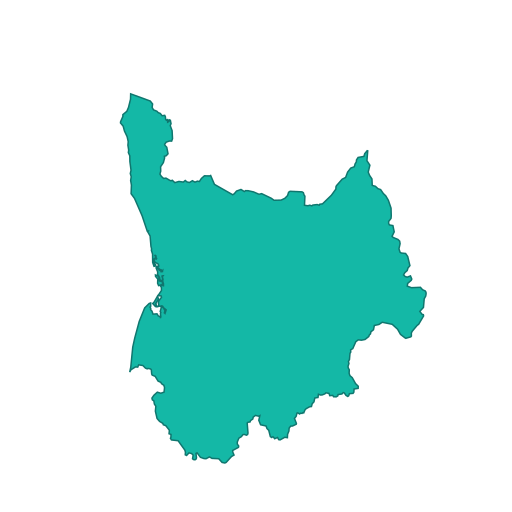 map outline of Bahia (Natural Earth projection), rotated 164°
{"feature_id": "BRA-624", "entity_name": "Bahia", "entity_type": "State", "adm_level": 1, "iso_a3": "BRA", "parent_name": "Brazil", "parent_adm1": "", "projection": "natural_earth1", "projection_center": [-41.603, -13.426], "detail": "fine", "context": "isolated", "style": "filled", "palette": "teal", "viewbox_px": 512, "rotation_deg": 164, "n_neighbors": 0, "source": "natural_earth", "source_scale": "10m", "svg_char_len": 6071}
<svg xmlns="http://www.w3.org/2000/svg" viewBox="0 0 512 512"><g transform="rotate(164 256 256)"><path d="M402.4,182.6L407.6,181.1L409.4,179.2L407.0,183.7L399.6,202.4L395.1,210.7L386.3,225.3L377.3,236.8L371.8,239.8L370.2,239.9L371.1,236.6L371.8,236.0L372.1,236.8L371.6,234.7L372.1,233.5L371.2,231.7L371.0,228.5L367.1,227.7L366.4,225.2L364.9,224.3L365.0,222.6L364.2,223.9L363.8,226.8L363.0,228.1L363.4,229.0L361.1,232.9L359.9,232.5L359.2,231.3L358.6,228.5L359.8,226.6L359.3,225.8L357.2,229.0L359.1,231.7L359.6,233.5L360.4,234.1L361.4,233.4L361.9,234.3L363.9,234.4L363.0,235.9L362.8,237.9L361.8,239.6L358.2,242.4L358.3,243.9L361.1,244.9L356.4,248.9L355.6,251.9L356.2,253.8L353.3,253.5L353.3,252.2L352.6,254.8L352.6,257.6L351.8,259.3L351.8,261.8L350.8,262.6L351.7,262.8L352.0,262.2L351.9,260.3L352.6,258.5L353.4,258.1L354.2,258.6L354.9,260.3L354.6,262.1L355.7,265.5L354.9,267.8L355.3,271.8L354.5,271.8L353.6,271.0L352.8,268.9L351.7,268.1L351.6,267.0L350.2,266.8L349.7,267.9L350.8,267.4L350.8,268.7L352.2,269.6L353.5,272.0L354.8,272.8L354.3,273.5L352.4,273.0L352.1,274.0L352.5,275.7L354.7,277.6L355.2,280.5L353.6,281.2L352.8,280.5L352.2,281.1L352.6,282.0L352.1,283.6L353.2,285.0L352.5,282.4L356.0,280.7L355.5,277.6L356.1,276.7L354.9,275.5L355.8,274.1L356.9,274.2L357.1,278.3L354.9,286.4L355.0,290.3L354.4,291.6L354.3,294.3L352.3,304.4L353.4,309.0L352.7,309.7L353.7,309.9L354.4,326.1L356.9,344.9L358.9,350.3L356.2,358.5L355.7,363.1L354.1,366.6L354.1,369.9L352.5,372.9L351.2,381.5L349.7,387.1L350.2,390.6L349.2,392.9L348.6,397.8L347.3,401.2L347.0,406.3L348.0,412.4L347.9,417.4L349.6,421.3L349.1,422.5L345.5,426.8L345.0,428.6L340.3,430.7L337.6,434.0L333.4,441.3L331.8,446.4L314.9,434.1L313.5,430.6L314.9,427.4L314.2,424.7L311.4,422.5L310.5,420.8L308.7,419.4L307.6,416.7L305.0,416.4L304.7,415.1L305.2,412.1L304.6,411.1L303.7,411.6L303.3,411.1L304.0,409.0L302.7,409.3L301.8,410.8L300.9,410.1L301.2,406.6L302.5,405.0L302.1,399.6L303.9,391.8L305.4,389.7L307.6,390.4L310.9,390.2L313.0,388.6L313.0,387.5L311.8,385.1L312.4,378.5L314.7,377.1L316.6,377.1L316.8,375.5L319.3,371.3L323.1,368.1L324.2,363.8L325.8,361.2L325.0,358.6L323.4,356.0L321.1,355.7L317.8,352.3L316.9,351.7L315.6,351.9L313.8,348.9L309.5,348.9L305.5,347.1L303.2,348.1L301.9,346.2L299.7,345.0L296.4,345.9L294.3,343.8L291.7,344.1L289.9,343.2L287.1,345.6L283.5,347.3L278.3,345.7L277.4,345.9L276.2,336.3L261.5,321.3L259.8,321.8L256.8,323.8L252.1,324.1L249.5,321.2L248.0,321.7L245.5,320.9L240.7,318.3L236.1,314.5L233.4,314.4L225.4,307.3L223.3,304.6L216.5,302.8L212.4,303.5L209.0,305.4L207.1,308.3L205.4,308.8L194.1,305.0L193.0,303.8L193.0,301.6L192.5,300.0L195.4,291.4L192.3,290.0L190.3,290.0L188.5,288.8L187.4,289.3L183.0,288.6L181.3,287.4L180.5,288.2L177.7,287.8L166.8,293.6L160.8,298.3L160.0,300.6L159.3,301.4L152.0,306.1L148.2,306.8L144.8,311.4L140.7,314.4L136.9,314.7L135.3,317.3L133.7,318.7L132.9,320.7L130.7,322.6L124.8,322.0L123.3,324.4L120.1,326.6L119.6,326.3L123.1,317.0L121.5,311.9L125.0,305.7L124.6,302.2L123.3,298.1L124.8,291.8L122.0,290.1L120.2,287.1L117.9,285.5L116.4,281.0L114.7,278.1L113.4,273.0L113.0,264.8L114.9,257.4L115.8,255.0L119.0,252.6L119.5,250.7L119.2,249.1L116.0,247.5L116.5,241.1L119.8,237.4L119.0,236.0L115.0,232.8L113.8,230.7L114.1,228.1L116.6,223.5L116.5,219.9L115.5,218.8L111.5,217.2L110.3,213.7L110.7,204.3L113.2,202.6L114.7,200.3L117.5,199.0L119.4,197.1L118.3,195.2L116.5,194.0L113.0,194.3L112.6,190.9L113.5,189.8L117.8,187.8L118.9,185.3L115.3,182.7L106.6,180.6L105.2,177.7L102.9,175.7L102.6,174.3L102.9,172.8L103.9,170.7L106.1,168.5L109.2,160.4L113.8,157.6L112.4,154.1L111.3,153.5L111.4,152.2L118.5,145.5L120.2,144.9L126.7,140.5L127.9,139.1L128.7,136.2L129.5,135.6L134.7,135.6L135.4,136.3L138.7,140.8L140.1,146.6L143.9,152.8L152.9,157.5L156.7,156.3L161.4,156.6L163.4,152.7L166.5,151.4L167.4,149.6L168.9,148.8L169.8,147.5L174.2,145.7L177.8,146.0L180.8,147.2L183.7,146.1L188.5,140.3L190.9,139.7L191.4,137.5L192.5,136.5L194.7,130.7L196.2,129.2L196.3,127.0L197.9,124.7L198.2,123.0L197.7,120.9L198.8,117.6L198.7,115.1L197.0,112.5L195.5,106.0L193.6,102.6L194.3,100.6L198.4,101.1L199.5,98.1L200.6,97.2L204.2,97.9L205.4,96.1L206.5,95.7L207.9,97.2L208.9,100.1L209.8,100.7L211.4,99.7L215.3,100.2L215.9,99.0L217.7,98.5L220.2,99.3L220.7,100.9L223.6,101.4L223.7,103.8L226.5,105.2L227.8,104.5L230.7,104.2L232.4,104.6L234.1,105.9L235.4,102.9L238.6,103.3L240.5,99.8L242.7,98.5L244.2,96.0L246.0,96.3L249.9,95.4L251.3,94.6L253.4,92.0L254.3,92.5L255.1,92.0L256.5,92.6L257.6,92.1L259.1,93.7L259.9,93.7L261.7,90.7L263.8,89.3L263.3,83.9L263.7,83.2L267.7,82.5L269.6,82.9L271.6,81.4L272.6,78.7L274.8,75.9L275.9,72.7L278.3,73.8L283.5,72.6L284.8,73.2L285.3,75.6L288.4,75.2L289.2,77.2L290.2,77.6L290.9,77.2L292.0,78.4L291.8,84.9L293.0,87.1L293.2,89.8L298.1,92.5L298.6,97.3L296.3,101.5L297.6,101.3L300.5,102.9L303.1,101.9L304.0,100.2L306.6,99.3L307.5,98.1L309.4,98.4L310.5,97.9L312.5,88.0L313.3,86.7L314.6,86.4L316.4,87.7L317.8,87.9L319.8,86.4L322.7,85.6L325.3,82.3L325.8,80.4L325.0,78.1L325.6,76.9L332.0,75.5L332.4,74.0L332.0,70.7L334.8,70.0L341.6,65.8L343.0,65.6L345.5,66.9L347.7,71.4L354.1,73.6L356.1,75.7L359.9,74.9L361.8,75.6L364.9,77.8L366.9,83.0L368.1,82.8L368.8,78.4L369.6,77.3L370.8,76.9L372.3,77.6L372.9,78.6L371.3,81.9L372.4,83.9L374.7,85.2L377.7,83.4L378.8,84.4L377.9,86.9L377.9,89.0L381.8,99.9L388.0,102.5L388.5,104.4L387.8,105.1L386.9,107.9L388.6,109.1L387.4,112.1L387.5,112.9L389.5,117.8L391.6,119.3L391.7,120.8L394.3,123.6L395.9,127.1L395.5,134.6L393.7,139.2L394.5,141.7L394.1,144.9L395.3,146.3L395.2,148.1L392.5,150.3L388.4,152.3L385.3,150.3L381.9,150.5L380.2,154.7L380.2,157.1L382.0,159.3L382.3,160.8L384.6,162.7L386.1,168.1L388.6,170.1L388.8,171.3L388.0,175.5L388.5,176.5L390.8,177.7L391.7,177.5L393.2,178.7L394.9,181.9L398.8,183.7L400.3,181.8L402.4,182.6ZM353.6,254.5L357.8,254.4L358.1,256.9L356.8,260.9L358.2,264.1L357.9,265.4L357.3,264.8L356.3,264.9L355.3,262.6L355.7,258.6L353.1,257.1L353.6,254.5ZM366.6,235.1L368.4,238.8L366.6,239.8L361.8,244.5L361.6,241.5L365.7,237.8L365.2,237.3L365.6,236.4L364.8,234.6L365.2,234.4L366.6,235.1Z" fill="#14b8a6" stroke="#0f766e" stroke-width="1.5"/></g></svg>